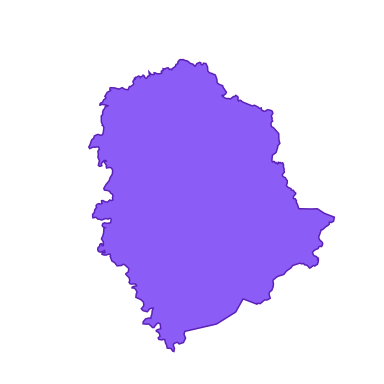 Adansi Akrofuom, Ashanti, Ghana, rotated 60°
{"feature_id": "2480657B88279606337785", "entity_name": "Adansi Akrofuom", "entity_type": "district", "adm_level": 2, "iso_a3": "GHA", "parent_name": "Ghana", "parent_adm1": "Ashanti", "projection": "mercator", "projection_center": [-1.679, 6.031], "detail": "fine", "context": "isolated", "style": "filled", "palette": "violet", "viewbox_px": 384, "rotation_deg": 60, "n_neighbors": 0, "source": "geoboundaries", "source_scale": "gbopen_adm2", "svg_char_len": 6000}
<svg xmlns="http://www.w3.org/2000/svg" viewBox="0 0 384 384"><g transform="rotate(60 192 192)"><path d="M212.0,98.9L211.5,100.6L210.5,100.9L210.1,102.1L209.4,102.4L209.8,103.0L210.4,102.6L210.4,104.0L209.5,104.2L209.1,104.7L208.5,104.5L208.2,105.4L206.9,105.4L206.2,106.2L206.3,107.1L205.4,107.3L204.7,107.1L200.4,104.0L199.8,99.4L196.0,95.3L195.0,94.8L193.8,91.6L190.4,90.7L184.8,87.7L177.4,89.2L175.1,90.4L172.7,89.7L171.4,88.7L170.9,86.7L169.3,86.6L168.0,85.5L167.4,85.7L165.7,85.2L164.3,82.6L162.2,82.1L160.9,82.8L158.6,85.2L158.4,87.1L158.8,87.8L158.0,89.4L156.8,89.9L156.8,90.4L155.7,90.8L153.8,90.0L153.5,91.4L153.1,91.9L151.5,92.3L148.1,94.5L147.6,96.7L140.4,102.4L138.3,103.7L137.5,103.7L136.5,104.5L136.4,106.1L135.7,105.9L135.0,106.3L133.4,104.9L132.4,104.7L130.2,105.7L130.7,107.0L130.0,108.3L130.6,112.1L129.0,114.0L128.6,115.1L127.1,116.4L124.2,117.8L123.5,117.7L123.5,117.0L124.2,116.4L123.8,113.7L122.8,112.3L117.0,112.7L115.2,112.3L112.7,114.5L110.0,115.6L106.9,114.1L102.4,113.3L101.6,113.6L100.9,114.6L99.7,115.1L97.8,117.0L95.4,117.9L91.4,116.0L87.7,115.7L86.2,117.6L87.0,119.1L86.8,119.9L85.1,120.4L84.6,119.8L83.6,120.4L83.2,123.5L84.6,126.2L84.1,126.8L82.0,127.1L79.4,129.4L77.9,129.7L75.9,130.7L75.0,131.9L72.7,133.6L72.5,134.6L71.7,135.5L71.3,136.9L71.9,137.7L72.0,138.9L73.8,140.1L73.5,142.1L74.9,143.6L75.3,147.6L76.0,148.4L75.0,149.0L74.5,150.4L73.0,150.3L72.6,150.5L71.8,152.3L72.1,153.2L71.5,154.1L71.5,154.8L70.7,155.4L71.3,155.9L72.1,156.0L72.4,156.5L72.0,158.0L72.6,158.5L73.9,158.7L73.4,161.1L71.9,163.4L70.5,164.1L70.5,164.6L69.8,165.2L71.2,165.9L71.2,166.5L69.5,168.9L68.9,168.7L66.5,169.2L69.5,170.4L69.7,171.0L70.1,170.9L69.6,172.2L70.6,174.0L70.7,175.0L69.4,175.6L67.7,175.3L66.4,175.9L66.9,176.4L66.6,179.0L67.0,179.5L65.6,179.7L64.8,180.3L65.0,182.9L64.5,183.2L64.8,183.7L64.7,184.5L65.2,184.7L65.0,185.0L66.0,185.0L65.8,186.3L66.3,187.3L67.0,188.1L68.7,188.2L69.6,189.0L70.0,193.0L69.4,193.5L71.5,196.3L69.4,198.9L66.7,200.2L66.4,203.8L63.1,207.0L60.8,210.6L61.8,211.8L63.4,211.6L63.3,215.5L65.6,219.7L66.7,219.3L67.7,219.9L68.0,222.4L69.6,224.7L69.3,227.0L70.6,228.4L70.9,228.1L71.1,226.3L73.0,223.7L75.3,221.7L75.4,222.5L74.6,224.4L75.9,225.7L76.8,228.1L78.7,229.8L80.4,230.8L80.8,232.6L86.1,235.5L89.2,235.9L89.5,236.4L90.1,235.9L92.1,236.1L96.0,239.0L97.7,240.9L97.0,243.1L95.7,243.9L94.9,245.1L94.6,248.5L96.4,250.4L96.5,252.3L97.3,253.6L100.1,256.7L101.4,258.9L103.3,258.9L103.7,254.9L104.6,253.9L106.0,250.5L107.5,250.5L108.5,250.8L109.6,253.1L112.9,254.5L113.8,255.4L115.2,256.2L118.5,256.5L122.1,259.8L123.5,259.3L124.0,258.2L124.1,256.9L122.0,256.3L120.8,252.6L121.3,251.2L122.3,250.8L121.9,252.3L122.2,253.0L126.2,252.8L126.6,252.9L127.1,253.6L128.5,254.0L129.7,250.8L131.2,249.7L133.6,249.9L136.7,252.1L138.6,255.7L140.9,258.3L142.5,262.7L144.8,266.6L146.6,266.9L148.4,264.5L150.2,263.0L152.3,263.0L154.4,262.0L155.9,262.4L157.0,263.6L159.3,264.6L159.0,266.2L157.8,267.2L158.5,270.3L157.3,271.9L154.7,273.6L154.3,274.7L156.0,275.5L156.9,275.5L156.9,276.9L155.4,278.6L155.2,280.3L155.9,282.0L157.5,282.3L158.8,285.2L160.9,286.8L161.6,289.2L164.2,290.6L164.9,290.7L165.8,288.0L166.4,287.6L168.4,287.1L169.4,285.7L171.1,284.2L171.7,280.5L172.4,279.3L173.6,278.2L173.6,276.5L174.5,275.6L175.4,275.7L177.9,277.9L176.6,281.4L174.9,283.2L174.8,285.0L176.0,286.5L176.7,286.6L177.9,286.4L179.4,285.3L179.2,286.3L183.1,288.9L185.4,291.2L187.3,293.9L190.5,293.7L192.3,294.4L194.0,295.7L193.6,296.6L192.0,295.9L191.2,296.6L191.3,298.0L192.9,299.3L193.1,301.1L194.7,302.5L196.6,302.7L198.0,301.8L198.8,299.7L198.8,297.1L200.6,297.3L200.9,298.1L199.7,299.5L199.7,300.2L200.9,301.1L202.6,299.7L203.7,297.9L203.9,296.3L204.8,294.1L206.5,294.4L207.0,295.1L211.7,295.9L214.6,294.3L218.5,293.8L220.4,289.7L220.2,287.7L221.1,286.8L226.6,285.0L229.3,287.1L229.6,290.0L230.2,290.5L235.0,289.3L237.7,290.3L238.7,291.7L240.6,291.5L241.7,290.1L242.9,287.5L245.0,286.5L245.6,287.1L244.5,290.0L244.5,291.5L245.1,291.9L246.5,289.9L248.8,289.5L251.3,289.7L252.3,291.2L255.2,293.3L259.4,290.2L263.0,289.1L265.5,290.1L266.5,290.9L267.8,294.3L270.3,293.7L273.3,290.7L273.4,290.3L272.1,287.6L272.3,285.3L273.2,283.7L275.0,285.9L278.0,288.0L278.6,289.0L280.8,290.9L279.6,292.2L278.7,295.6L279.9,299.1L281.7,300.3L283.6,297.7L284.6,295.5L287.0,294.6L289.6,294.0L290.4,292.7L289.3,290.6L288.3,287.2L288.5,286.6L290.4,285.5L294.8,287.5L293.9,290.8L294.0,291.9L294.3,292.5L295.7,292.1L296.9,291.1L298.9,291.2L301.1,291.9L301.2,293.7L301.5,294.3L303.1,294.4L305.1,291.9L305.4,290.3L306.2,289.4L309.6,290.5L311.4,290.5L314.8,291.5L317.1,288.4L320.1,288.3L321.1,287.4L318.7,285.4L316.4,285.1L314.9,284.5L314.2,283.3L314.7,280.2L315.1,279.7L317.2,279.1L318.1,274.7L315.3,270.6L311.3,270.1L309.1,267.9L318.6,236.8L317.8,214.2L310.1,201.2L322.2,191.4L320.6,192.6L321.2,190.9L322.8,188.6L321.8,183.2L323.1,180.9L323.2,177.4L319.5,176.5L318.3,175.9L317.3,174.5L317.1,172.1L314.7,169.2L312.1,167.3L309.6,166.4L308.8,165.7L308.0,161.1L308.0,159.6L309.3,153.7L307.7,149.8L307.2,144.4L306.0,141.6L307.6,134.0L309.0,133.1L309.8,131.0L311.3,131.0L312.1,129.7L313.8,128.7L316.6,128.3L316.9,127.2L316.3,124.0L316.7,123.3L317.4,122.9L317.5,122.1L317.2,121.5L317.4,120.6L317.1,120.1L317.4,119.6L315.7,117.7L313.7,116.3L313.3,117.0L312.4,115.7L312.0,116.1L310.0,116.6L308.4,118.0L307.0,118.3L304.5,117.9L303.9,116.0L303.6,113.7L304.1,111.1L302.9,109.5L303.1,108.3L304.0,107.2L303.7,106.4L303.2,105.6L301.8,104.5L300.6,104.4L297.1,105.4L294.6,105.0L289.3,98.9L289.9,97.8L289.0,93.7L288.9,90.8L288.5,89.2L286.8,88.1L288.1,86.6L288.1,84.0L285.0,81.3L276.7,88.0L269.2,91.8L266.4,97.1L259.9,107.8L254.8,106.8L253.3,106.9L251.3,105.7L250.4,106.2L249.5,106.0L248.3,107.4L247.7,107.3L246.6,106.3L245.5,103.2L244.7,102.7L243.2,103.3L241.2,103.4L240.1,104.9L238.5,104.6L236.2,106.4L233.6,107.1L231.8,105.0L229.8,103.8L227.9,104.1L226.3,104.0L224.6,105.2L223.2,105.5L222.1,105.1L221.0,102.0L219.8,101.7L217.8,100.6L216.1,100.3L213.9,99.0L212.0,98.9Z" fill="#8b5cf6" stroke="#5b21b6" stroke-width="1.5"/></g></svg>